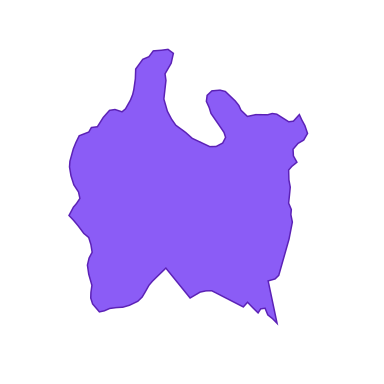 Salto Grande, São Paulo, Brazil, rotated 168°
{"feature_id": "56859067B35087059302473", "entity_name": "Salto Grande", "entity_type": "district", "adm_level": 2, "iso_a3": "BRA", "parent_name": "Brazil", "parent_adm1": "São Paulo", "projection": "natural_earth1", "projection_center": [-49.963, -22.873], "detail": "fine", "context": "isolated", "style": "filled", "palette": "violet", "viewbox_px": 384, "rotation_deg": 168, "n_neighbors": 0, "source": "geoboundaries", "source_scale": "gbopen_adm2", "svg_char_len": 1626}
<svg xmlns="http://www.w3.org/2000/svg" viewBox="0 0 384 384"><g transform="rotate(168 192 192)"><path d="M70.9,245.4L78.1,240.2L82.8,240.6L92.9,250.5L97.2,252.1L102.0,251.8L113.5,254.4L122.1,254.4L127.1,261.8L128.2,266.9L130.8,272.1L138.5,283.4L143.4,285.8L151.5,286.8L157.1,283.4L159.1,277.7L157.6,270.8L157.1,264.9L151.1,250.5L148.3,243.6L147.8,238.4L151.8,233.5L158.9,231.5L165.2,232.7L180.6,244.4L185.8,251.5L194.0,260.7L196.9,267.6L199.3,276.1L200.2,288.8L194.3,306.5L193.8,313.2L185.6,322.3L181.4,331.5L185.8,336.5L192.3,337.0L200.5,338.1L206.0,333.3L212.6,332.0L221.5,324.0L223.9,314.4L227.6,304.3L229.7,299.8L233.1,294.7L239.8,287.1L243.8,285.0L250.2,288.7L255.7,289.0L263.3,283.4L271.0,275.5L277.0,276.0L280.5,272.1L290.6,270.5L295.3,264.5L299.1,258.9L305.0,247.5L306.6,242.0L307.0,233.0L306.1,223.6L303.0,215.6L303.0,209.0L307.4,204.7L311.1,201.9L317.2,194.6L313.9,189.2L310.4,182.6L306.4,173.9L302.5,169.0L301.8,161.6L302.2,153.8L306.4,148.8L309.5,142.2L310.1,133.0L309.3,121.5L311.7,114.9L313.1,109.3L312.5,103.2L307.5,94.0L302.5,94.0L296.7,95.2L290.3,94.7L283.6,93.7L276.8,94.2L267.7,96.4L262.6,99.6L258.7,103.8L253.5,109.7L249.4,112.9L244.4,116.1L233.4,123.0L215.9,88.7L204.9,92.4L198.8,92.4L193.2,91.3L165.7,68.9L160.6,72.6L156.4,65.9L152.5,60.0L149.1,63.4L144.7,63.1L143.4,56.0L139.6,51.4L136.1,45.9L136.0,89.2L128.8,89.7L124.5,92.4L106.9,125.7L100.1,141.7L100.0,149.3L98.5,154.2L99.8,161.0L97.3,168.7L94.9,176.3L94.7,183.7L92.9,193.4L89.1,196.3L83.2,199.3L85.3,206.2L84.3,212.8L78.2,217.5L71.9,219.6L66.8,225.3L67.8,233.5L69.7,239.9L70.9,245.4Z" fill="#8b5cf6" stroke="#5b21b6" stroke-width="1.5"/></g></svg>